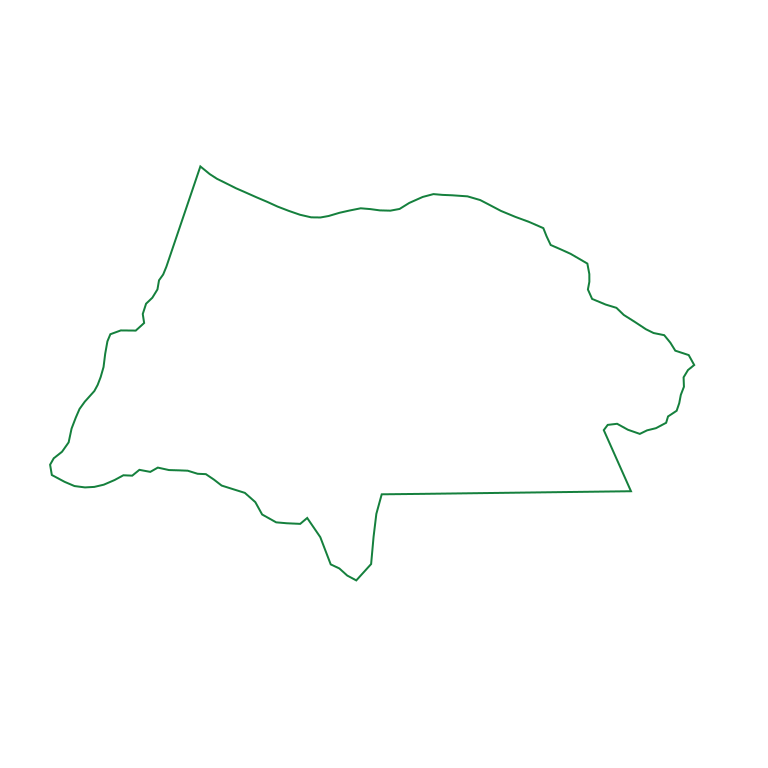 São Francisco do Conde, Bahia, Brazil (Equal Earth projection), rotated 111°
{"feature_id": "56859067B62288498634856", "entity_name": "São Francisco do Conde", "entity_type": "district", "adm_level": 2, "iso_a3": "BRA", "parent_name": "Brazil", "parent_adm1": "Bahia", "projection": "equal_earth", "projection_center": [-38.631, -12.644], "detail": "fine", "context": "isolated", "style": "outline", "palette": "green", "viewbox_px": 768, "rotation_deg": 111, "n_neighbors": 0, "source": "geoboundaries", "source_scale": "gbopen_adm2", "svg_char_len": 1750}
<svg xmlns="http://www.w3.org/2000/svg" viewBox="0 0 768 768"><g transform="rotate(111 384 384)"><path d="M530.3,339.0L508.0,344.6L487.8,346.6L472.9,309.0L395.6,115.0L348.3,162.3L342.0,160.5L337.6,152.1L339.3,139.9L338.9,127.3L333.0,121.8L327.8,114.3L319.1,106.7L312.5,107.2L304.1,101.2L296.1,101.5L287.8,103.0L279.1,103.0L270.4,106.7L262.0,105.2L255.1,101.2L247.8,109.9L248.5,124.0L242.8,131.5L238.0,139.9L239.8,150.6L239.0,159.2L236.3,171.4L233.6,184.9L229.6,194.3L230.4,205.6L230.0,220.2L222.7,227.5L215.0,228.9L207.8,231.7L198.7,237.3L195.6,256.5L194.9,268.7L194.5,278.2L187.9,285.1L181.4,291.1L180.7,306.7L180.9,321.3L180.5,336.8L178.8,351.2L177.8,360.1L178.9,373.3L183.4,388.0L186.5,397.2L189.0,405.9L195.5,414.9L205.9,425.3L215.0,432.2L219.9,440.2L223.4,450.1L225.6,459.4L228.3,468.7L234.5,478.5L240.1,486.9L247.0,495.9L251.3,503.0L254.5,511.7L256.1,523.1L256.5,535.1L256.5,547.0L255.8,558.3L255.4,569.8L254.7,583.4L254.3,592.4L253.2,603.5L252.3,613.4L250.5,621.9L246.7,633.4L352.5,629.2L360.9,629.4L367.8,631.2L376.9,629.4L386.5,631.2L394.3,634.9L405.1,634.3L413.0,629.8L423.1,634.9L428.3,648.9L435.6,657.3L443.3,657.5L455.8,655.1L468.7,651.9L479.1,651.0L487.5,651.0L494.4,651.9L507.7,657.0L516.4,659.3L525.8,659.7L537.6,659.7L551.5,657.5L562.6,660.3L571.7,665.7L579.0,666.8L588.0,661.5L589.8,647.1L590.2,636.4L587.7,626.1L583.9,617.6L578.4,609.5L570.2,601.1L562.6,594.6L559.8,586.2L551.8,581.6L549.8,570.7L543.1,565.2L541.4,553.9L538.0,544.2L535.3,536.2L534.6,525.8L532.0,518.0L534.2,508.5L537.0,499.2L536.2,486.0L535.5,474.9L540.4,461.8L549.5,451.0L551.8,435.1L548.8,424.7L544.6,412.1L536.6,407.7L549.8,388.6L571.5,369.1L572.2,359.6L576.0,349.7L577.3,339.5L556.7,331.5L530.3,339.0Z" fill="none" stroke="#15803d" stroke-width="2"/></g></svg>